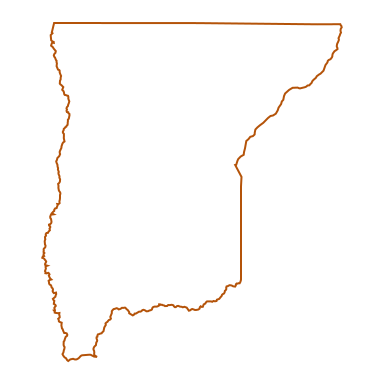 the district of Amarante do Maranhão, Maranhão, Brazil
{"feature_id": "56859067B54361622424069", "entity_name": "Amarante do Maranhão", "entity_type": "district", "adm_level": 2, "iso_a3": "BRA", "parent_name": "Brazil", "parent_adm1": "Maranhão", "projection": "mercator", "projection_center": [-46.679, -5.381], "detail": "fine", "context": "isolated", "style": "outline", "palette": "amber", "viewbox_px": 384, "rotation_deg": 0, "n_neighbors": 0, "source": "geoboundaries", "source_scale": "gbopen_adm2", "svg_char_len": 5732}
<svg xmlns="http://www.w3.org/2000/svg" viewBox="0 0 384 384"><path d="M58.0,69.6L59.3,70.1L59.7,70.9L59.6,72.0L60.1,73.7L61.1,76.0L60.7,77.4L60.6,79.6L60.0,80.6L59.8,83.6L60.4,84.4L61.4,85.1L63.3,87.1L62.2,89.8L63.6,91.3L64.0,92.7L64.2,94.1L64.7,94.9L65.9,95.1L66.7,95.5L68.0,95.8L68.4,97.0L68.3,98.4L68.7,99.9L69.3,101.3L68.8,103.2L68.2,104.6L67.9,106.1L66.8,107.3L66.5,108.5L67.0,109.5L66.5,110.8L66.9,112.0L68.2,112.2L68.4,113.2L69.4,113.9L69.5,115.2L68.8,118.7L67.9,119.7L67.9,121.4L67.7,122.6L67.7,123.9L67.5,125.0L66.7,125.6L66.3,126.7L65.4,127.1L64.7,128.1L63.8,128.8L63.6,130.3L62.9,131.5L62.9,132.7L63.9,133.9L63.9,136.2L63.8,138.1L64.5,141.5L63.1,142.5L62.4,143.7L61.5,146.4L61.4,147.9L60.2,150.4L59.7,151.7L59.7,152.8L60.1,154.1L59.2,156.2L57.4,158.0L56.9,160.0L56.2,161.3L56.6,162.9L57.4,164.6L57.6,166.8L58.1,168.1L57.9,169.5L58.8,172.0L58.4,172.9L58.6,174.2L59.5,176.2L59.4,177.7L60.1,179.3L59.9,181.7L59.2,182.9L58.1,183.9L58.5,185.8L58.4,187.9L58.9,190.6L60.2,192.5L60.4,193.8L60.0,194.9L60.0,198.1L59.8,199.9L59.4,201.2L59.6,203.2L58.5,204.1L57.3,204.0L57.7,205.1L57.1,206.5L56.6,208.1L55.2,208.4L54.3,209.6L54.2,211.0L53.3,211.6L52.1,213.0L52.8,213.8L53.7,214.3L52.3,214.5L51.4,213.9L50.8,215.0L50.2,216.6L50.3,218.0L51.0,218.9L51.2,219.9L51.5,221.9L51.2,223.1L50.3,224.1L49.0,224.6L49.1,225.6L50.2,226.4L50.2,227.6L49.5,228.6L49.9,230.2L48.5,231.7L47.9,232.9L46.5,233.0L45.7,234.2L46.0,235.7L45.1,236.7L45.0,237.8L45.3,239.3L44.9,240.3L44.7,241.4L45.0,244.5L45.5,245.4L45.4,246.9L44.9,247.7L43.8,248.7L43.6,249.9L43.8,250.8L43.5,252.0L44.4,253.0L43.5,254.1L43.7,255.2L44.1,256.0L42.8,256.4L42.3,257.8L43.6,258.3L44.4,259.0L44.9,259.8L45.6,260.5L46.2,261.7L45.0,264.1L45.3,265.1L47.3,265.7L46.2,266.1L45.5,266.9L45.9,268.5L45.0,271.1L45.6,272.2L45.4,273.2L46.7,273.4L48.2,272.8L49.0,273.4L49.5,274.4L48.8,275.5L49.6,277.5L50.4,278.7L51.3,279.5L49.6,280.0L48.6,280.8L49.0,282.2L49.1,283.5L49.6,284.5L50.8,285.1L51.3,286.0L51.6,287.4L52.7,288.5L53.0,289.9L52.6,291.0L52.9,291.9L53.8,293.1L56.0,292.6L56.2,294.1L55.7,295.2L55.4,296.7L52.9,298.9L53.6,300.2L54.3,300.8L53.8,303.9L55.3,304.8L55.8,305.9L55.0,306.8L54.3,308.0L54.7,309.2L54.9,310.4L54.0,310.5L54.7,311.4L54.7,312.6L55.7,312.9L58.0,313.2L59.4,313.0L59.2,314.7L59.6,316.0L59.7,317.4L58.2,318.8L58.8,320.1L58.9,321.4L59.8,322.0L61.7,322.7L61.4,325.4L62.0,328.5L62.7,329.2L63.1,330.6L64.2,333.0L65.5,333.0L66.7,333.4L67.3,334.7L67.1,335.8L65.7,336.8L64.7,339.5L64.5,340.6L63.7,341.6L63.6,345.0L64.0,346.2L64.6,347.1L64.3,349.1L63.9,350.0L63.4,352.5L62.5,354.1L63.2,355.5L64.1,356.8L64.8,357.5L66.0,358.2L67.2,360.2L68.2,361.0L70.3,359.4L73.1,358.8L74.6,359.4L76.0,359.5L77.0,359.2L78.4,358.4L79.4,357.5L80.1,356.6L81.1,355.7L82.0,355.3L89.5,354.7L90.7,354.8L94.1,356.6L97.0,356.9L94.5,355.3L94.1,354.1L94.3,352.5L94.1,350.8L93.5,349.7L93.5,348.5L94.0,347.2L94.7,346.3L95.9,345.2L96.3,342.4L97.0,341.4L97.2,340.4L96.5,338.2L96.6,337.2L97.4,336.7L97.4,335.5L97.9,334.4L98.9,334.2L100.2,333.6L101.6,333.3L102.2,332.4L103.5,331.2L104.3,327.4L105.8,324.9L105.5,323.4L106.4,322.5L107.5,321.8L108.0,321.0L108.9,320.0L110.3,319.5L110.9,318.6L110.3,316.9L111.8,313.2L111.8,311.2L112.6,310.1L113.6,309.1L114.6,308.9L116.6,308.2L117.6,308.5L118.7,309.4L119.9,309.1L120.9,308.6L122.0,307.8L123.2,307.9L125.0,307.6L125.9,308.3L126.5,309.1L127.8,310.1L129.2,312.1L129.2,313.3L132.8,315.4L134.2,314.5L134.6,313.6L135.8,313.6L139.0,311.7L140.2,311.7L141.4,311.2L142.4,310.1L143.6,309.8L145.1,310.4L146.4,311.3L148.1,311.2L149.4,310.5L150.8,310.2L151.9,309.5L152.4,307.9L153.1,307.1L154.4,306.6L156.8,306.6L157.7,306.3L159.1,305.5L159.1,304.3L160.1,304.3L160.9,304.9L161.9,304.7L162.8,305.2L164.0,305.4L165.0,306.1L167.1,306.0L168.2,305.0L169.5,305.1L171.8,304.8L173.4,305.3L173.9,306.3L174.8,307.1L175.8,307.1L176.5,306.5L177.2,306.0L178.3,305.9L179.9,306.6L181.7,306.8L182.8,307.3L184.4,306.8L186.7,307.6L188.9,310.7L190.2,310.3L191.3,309.4L192.2,309.0L193.5,309.4L195.0,310.0L196.6,309.9L198.4,309.5L199.6,308.6L199.8,307.3L200.7,306.3L201.6,306.9L202.8,306.8L203.7,304.4L205.4,303.5L205.8,302.5L207.0,301.4L211.1,301.4L212.2,301.8L213.4,301.0L215.0,301.3L216.5,301.0L216.9,299.7L219.2,298.9L220.6,297.1L221.5,296.2L222.1,294.7L223.0,294.0L224.0,293.5L224.6,292.4L224.9,290.8L225.7,290.2L226.3,289.1L226.2,287.5L226.6,286.4L227.7,286.2L228.5,285.7L229.6,285.2L230.8,285.3L231.9,285.6L233.1,286.3L235.1,286.6L235.8,285.5L235.9,284.3L236.7,283.5L237.6,283.7L238.4,283.2L239.6,283.3L240.2,282.3L240.8,280.6L241.0,279.4L241.0,186.4L241.5,176.9L235.2,165.0L236.2,164.8L237.5,160.7L238.2,159.1L240.7,156.5L243.7,154.8L244.0,152.2L245.0,148.3L246.3,141.0L248.5,139.1L250.3,136.8L252.9,136.1L254.6,134.5L254.8,132.3L255.4,129.5L257.4,127.4L259.9,125.3L263.3,122.8L268.0,118.0L270.5,116.0L273.0,115.5L275.8,113.7L277.7,110.4L278.6,107.6L281.1,104.1L281.8,101.5L283.3,99.8L284.0,96.1L285.1,93.5L289.1,89.9L292.6,87.8L297.6,87.6L299.0,88.2L300.0,88.4L304.9,87.2L306.3,86.6L307.5,85.5L309.4,85.3L310.3,84.1L311.4,83.2L312.5,80.9L313.9,79.5L315.8,77.9L316.8,76.2L319.2,74.4L320.5,73.7L323.5,70.7L325.5,65.0L327.4,62.5L327.8,60.9L328.7,60.0L330.5,59.2L331.9,57.4L332.3,56.4L332.4,55.1L332.8,53.6L334.5,51.2L335.8,50.4L337.5,49.1L337.4,47.9L336.8,46.7L336.8,45.7L337.0,44.6L337.3,43.4L337.8,42.6L338.8,40.2L338.9,39.2L338.5,38.2L339.7,35.6L340.3,33.8L341.0,32.6L340.7,31.7L340.5,30.8L340.6,29.8L340.8,28.7L341.7,27.4L341.4,26.0L340.8,25.4L340.3,24.2L317.2,24.3L198.1,23.1L54.1,23.0L51.8,32.5L52.5,33.2L50.7,35.1L50.8,36.6L51.2,40.3L52.5,41.5L53.7,41.9L53.8,42.9L52.2,42.6L51.5,44.2L51.1,45.7L52.8,47.1L53.7,48.6L55.8,51.1L55.4,52.9L54.5,53.7L53.8,55.3L54.3,56.8L55.0,57.5L55.9,59.9L56.6,60.8L56.5,62.0L56.9,63.3L56.6,66.2L58.0,69.6Z" fill="none" stroke="#b45309" stroke-width="2"/></svg>